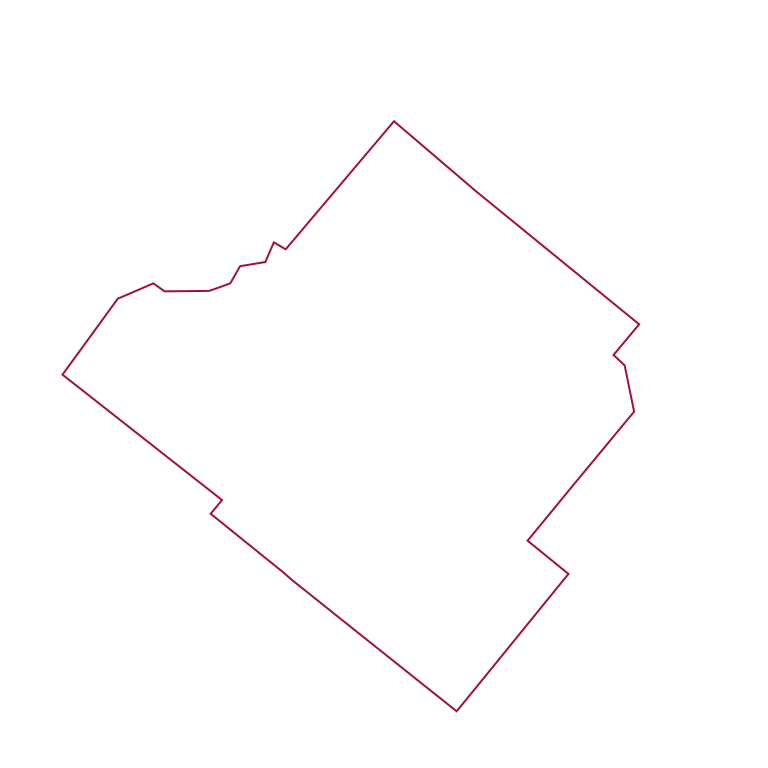 Grant, Arkansas, United States of America (Equal Earth projection), rotated 128°
{"feature_id": "52423323B41893440986627", "entity_name": "Grant", "entity_type": "district", "adm_level": 2, "iso_a3": "USA", "parent_name": "United States of America", "parent_adm1": "Arkansas", "projection": "equal_earth", "projection_center": [-92.409, 34.278], "detail": "fine", "context": "isolated", "style": "outline", "palette": "rose", "viewbox_px": 768, "rotation_deg": 128, "n_neighbors": 0, "source": "geoboundaries", "source_scale": "gbopen_adm2", "svg_char_len": 550}
<svg xmlns="http://www.w3.org/2000/svg" viewBox="0 0 768 768"><g transform="rotate(128 384 384)"><path d="M179.9,219.7L175.5,430.0L170.8,537.9L338.4,544.4L340.2,558.0L360.9,552.6L379.7,569.9L399.4,567.1L418.3,579.1L428.8,592.3L446.1,614.0L446.7,627.7L480.7,646.3L574.6,643.1L575.2,440.2L593.0,440.7L594.1,370.5L594.4,349.2L595.1,335.3L596.0,252.8L596.2,230.0L597.2,125.3L562.9,124.5L427.8,121.9L420.1,121.7L419.1,174.4L360.1,172.9L353.2,172.8L251.8,169.9L221.2,205.8L219.8,221.0L179.9,219.7Z" fill="none" stroke="#9f1239" stroke-width="2"/></g></svg>